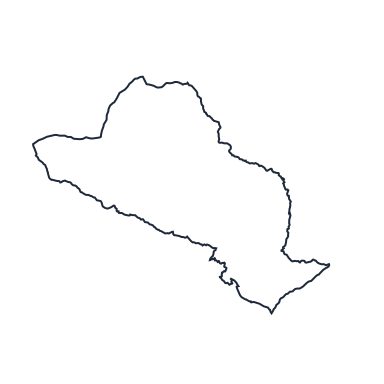 Portovelo, El Oro, Ecuador, rotated 220°
{"feature_id": "8360857B9604201024636", "entity_name": "Portovelo", "entity_type": "district", "adm_level": 2, "iso_a3": "ECU", "parent_name": "Ecuador", "parent_adm1": "El Oro", "projection": "albers", "projection_center": [-79.532, -3.74], "detail": "fine", "context": "isolated", "style": "outline", "palette": "slate", "viewbox_px": 384, "rotation_deg": 220, "n_neighbors": 0, "source": "geoboundaries", "source_scale": "gbopen_adm2", "svg_char_len": 6052}
<svg xmlns="http://www.w3.org/2000/svg" viewBox="0 0 384 384"><g transform="rotate(220 192 192)"><path d="M152.0,257.1L155.4,256.8L156.2,256.4L156.7,255.4L157.3,255.1L158.5,255.7L161.8,255.1L162.0,254.9L162.6,253.6L164.3,252.9L166.3,250.9L167.8,250.8L169.5,250.0L170.2,250.1L171.0,250.6L171.8,249.5L172.7,249.5L173.2,249.0L174.6,249.1L176.5,247.9L178.5,248.4L179.7,248.1L182.4,246.5L183.8,246.8L184.8,245.9L186.1,246.5L188.7,246.6L190.0,247.2L190.2,247.7L190.1,249.9L190.3,250.4L191.5,251.8L193.0,252.3L196.3,251.9L198.7,249.9L200.9,249.1L201.9,247.9L202.7,247.4L203.3,247.3L203.9,247.6L204.4,248.3L205.1,250.0L207.4,251.8L208.9,253.7L210.9,254.7L211.7,257.6L211.5,259.3L211.8,259.9L214.7,261.2L216.2,262.6L217.6,262.2L218.2,261.7L219.4,261.4L220.9,260.6L222.1,260.8L222.6,260.6L224.3,261.2L225.5,261.1L227.2,261.4L228.6,260.5L229.3,260.4L230.4,261.1L231.5,261.0L232.2,261.7L234.2,261.3L235.4,262.3L236.4,262.6L237.7,263.7L238.5,264.9L240.6,265.2L241.2,265.5L243.4,267.2L245.2,269.3L245.6,269.4L246.8,269.2L247.9,269.4L248.8,269.1L249.4,269.2L250.4,269.9L251.7,271.3L253.2,272.0L260.1,273.1L261.3,272.9L262.8,271.9L265.6,272.8L265.6,271.5L267.4,269.8L267.9,268.6L268.3,268.3L269.7,268.3L271.0,267.7L272.1,267.6L274.2,266.6L276.0,265.1L276.7,263.6L278.7,261.2L281.4,259.3L281.9,258.2L282.2,254.4L282.7,252.7L285.1,250.2L286.3,249.5L289.8,248.7L293.7,246.9L296.1,245.4L303.8,248.7L305.6,246.8L306.8,243.8L308.3,242.4L308.8,240.6L308.7,239.3L309.1,236.1L309.5,235.0L309.0,231.2L309.2,227.3L311.2,221.4L309.8,215.2L309.2,210.7L309.8,209.2L310.3,205.6L309.4,202.3L307.8,199.6L306.8,196.3L303.8,192.3L303.0,187.1L301.9,185.2L300.4,181.0L298.3,177.1L297.3,175.8L297.7,174.5L302.7,168.9L304.8,167.4L308.3,165.9L309.9,162.3L312.2,160.1L316.8,156.8L320.1,156.3L322.8,154.2L325.7,153.4L329.4,150.2L332.5,148.6L333.7,147.6L338.6,141.1L340.5,136.9L342.7,133.1L344.5,126.5L342.9,125.1L341.1,124.3L335.5,121.2L335.0,119.5L332.4,119.4L330.1,118.2L325.4,118.5L323.6,118.1L321.9,118.3L321.3,118.1L320.5,117.5L318.0,116.4L316.2,114.9L314.8,114.3L314.4,113.7L310.8,111.3L309.7,110.9L307.4,111.0L306.9,111.6L303.2,113.3L301.1,114.7L300.4,115.0L299.1,114.6L298.4,115.5L298.0,117.2L296.6,119.1L293.4,120.0L291.4,121.2L290.8,121.2L289.6,120.8L287.9,120.7L287.3,120.8L285.6,121.9L284.1,122.1L282.5,121.7L280.3,121.9L277.7,120.5L277.1,120.4L276.1,121.0L274.8,121.0L271.9,121.5L270.9,122.0L269.4,123.2L267.2,123.8L266.2,124.3L264.0,124.6L262.9,125.3L259.6,124.5L256.5,126.2L255.8,126.3L254.4,125.8L251.2,123.6L248.8,123.8L246.5,124.7L245.6,125.6L244.0,128.7L243.4,131.1L242.7,131.6L242.2,131.6L240.7,130.6L238.9,130.7L237.5,129.0L236.7,129.0L236.3,129.7L235.8,130.0L235.2,129.3L234.5,129.0L232.5,130.6L231.4,131.0L229.6,131.2L228.7,131.5L225.5,133.2L224.6,134.1L224.9,135.0L222.9,135.9L220.6,137.7L217.4,137.5L215.1,138.3L213.3,138.1L212.4,139.4L211.9,139.6L208.7,138.7L206.1,140.3L203.7,140.0L202.0,140.9L200.3,141.3L198.6,140.9L197.6,141.2L195.6,140.8L195.1,141.0L194.2,141.0L193.1,141.7L191.8,141.6L190.4,142.2L185.9,143.0L184.2,144.8L183.1,145.3L181.7,148.6L181.1,149.3L179.3,147.7L178.2,147.5L177.6,147.6L176.9,148.2L173.3,150.2L171.3,150.7L169.4,152.1L168.1,152.4L167.3,153.3L167.1,154.7L161.4,153.8L159.2,153.8L158.0,154.9L156.1,155.2L154.2,157.1L151.8,157.4L150.8,158.1L149.5,157.8L148.9,159.7L148.6,159.9L147.0,160.2L147.0,160.8L146.6,161.5L145.0,162.1L142.8,162.4L141.2,162.3L139.5,162.7L138.7,163.6L137.3,164.4L137.2,163.6L136.6,162.6L137.1,161.4L137.0,160.2L135.9,158.6L134.9,156.4L135.2,155.2L135.1,152.6L134.5,151.3L134.1,151.8L134.3,153.4L134.0,153.7L133.0,153.7L132.1,155.9L131.6,155.8L131.1,154.7L130.5,154.3L129.3,155.3L127.2,154.9L127.0,155.3L127.2,156.2L126.8,156.4L125.2,155.5L124.3,155.5L123.7,155.8L123.1,157.3L122.3,157.8L121.9,158.6L121.0,158.5L119.4,155.6L118.9,155.5L117.0,156.0L116.3,155.2L115.5,152.5L115.8,152.2L116.4,152.2L116.6,152.0L116.8,150.5L117.2,149.6L116.6,149.1L116.5,148.2L115.0,146.7L115.1,146.1L116.1,144.9L115.8,144.6L114.1,144.7L112.3,144.0L110.6,144.3L108.0,143.7L107.2,144.1L106.5,145.2L105.9,145.3L104.2,145.0L103.6,145.1L103.3,146.5L102.5,147.3L102.4,147.9L104.2,148.6L104.6,150.0L107.1,150.5L102.7,151.4L99.5,151.0L98.1,150.3L95.9,149.7L96.5,149.0L96.9,148.1L95.3,147.0L88.9,143.8L86.5,143.3L82.3,144.0L81.5,144.3L81.3,144.6L80.4,144.6L77.6,145.2L76.5,146.1L76.1,146.0L76.0,145.5L75.7,145.5L74.0,147.5L68.4,149.8L63.4,150.6L59.6,152.3L57.3,151.7L56.4,151.9L54.8,150.7L53.1,150.2L53.5,153.1L54.1,154.6L53.9,156.9L54.8,159.8L54.3,162.0L54.3,163.6L55.5,166.0L55.6,167.5L54.5,170.2L54.4,174.0L53.3,175.6L52.9,178.5L51.0,180.6L50.9,182.8L50.5,184.2L49.1,185.9L47.6,187.1L47.1,188.1L46.2,191.1L45.6,196.3L45.0,198.5L43.5,200.6L42.9,207.7L42.5,209.3L41.7,210.4L41.8,211.1L41.5,216.4L40.5,220.0L39.9,221.2L39.5,222.8L39.8,223.9L40.2,224.5L40.7,224.8L42.2,222.2L42.7,221.9L44.5,221.5L46.1,220.1L48.2,219.1L50.5,218.6L53.2,219.0L54.1,218.4L55.5,218.3L56.0,217.7L56.0,215.8L56.4,214.9L59.1,211.3L60.0,210.9L61.5,211.5L62.4,211.1L63.9,209.8L64.1,208.9L64.0,207.4L64.7,207.2L66.1,207.5L67.3,206.3L69.1,205.2L70.2,203.7L70.7,203.3L71.7,203.2L75.7,203.7L78.8,204.7L79.5,204.7L80.8,204.0L81.6,204.0L83.8,205.4L85.6,204.4L86.0,204.9L85.5,207.8L86.5,207.9L86.8,208.3L86.3,209.8L86.3,211.2L87.5,213.7L89.4,216.5L89.6,218.8L90.0,220.1L91.0,221.0L91.8,222.5L92.2,222.8L93.6,223.0L95.0,224.7L95.0,225.2L94.4,225.8L94.4,226.4L95.7,227.5L95.9,228.9L96.3,229.8L97.3,230.3L99.6,233.2L101.4,237.2L103.7,238.9L103.9,238.8L103.8,237.9L104.2,238.1L105.0,239.8L106.5,241.8L106.9,243.1L107.5,243.7L107.7,244.5L109.8,246.7L110.2,248.2L113.2,249.1L115.3,251.3L116.3,250.7L118.0,251.7L119.3,255.2L120.4,255.3L121.4,254.2L122.2,254.2L125.4,255.9L126.9,257.1L127.6,257.1L127.7,257.7L127.5,258.9L129.3,259.4L129.7,261.0L130.2,261.0L130.7,260.2L131.1,259.8L131.7,260.1L131.8,260.7L132.7,260.3L133.8,260.9L134.2,260.7L136.3,260.6L137.3,261.9L137.9,262.1L140.2,260.6L141.2,260.4L142.0,259.6L142.4,259.6L144.3,259.9L145.7,260.8L146.1,260.8L146.4,260.6L147.6,258.0L147.8,257.0L148.2,256.5L148.8,256.2L152.0,257.1Z" fill="none" stroke="#1e293b" stroke-width="2"/></g></svg>